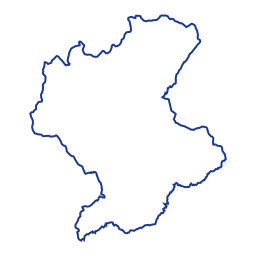 Navakholo, Western, Kenya
{"feature_id": "3690345B67128862820985", "entity_name": "Navakholo", "entity_type": "district", "adm_level": 2, "iso_a3": "KEN", "parent_name": "Kenya", "parent_adm1": "Western", "projection": "natural_earth1", "projection_center": [34.674, 0.39], "detail": "fine", "context": "isolated", "style": "outline", "palette": "blue", "viewbox_px": 256, "rotation_deg": 0, "n_neighbors": 0, "source": "geoboundaries", "source_scale": "gbopen_adm2", "svg_char_len": 5733}
<svg xmlns="http://www.w3.org/2000/svg" viewBox="0 0 256 256"><path d="M42.1,91.5L42.3,92.6L41.2,94.0L41.0,95.2L41.3,97.6L42.0,99.9L42.0,100.8L41.6,101.6L39.1,101.9L38.0,102.6L37.4,103.8L36.1,105.3L35.9,106.3L36.2,109.0L33.9,110.7L33.2,112.1L31.3,112.4L30.2,113.7L30.8,115.0L30.8,116.1L32.5,119.7L32.9,121.1L32.9,123.8L32.2,126.2L32.2,127.5L32.7,129.8L33.5,131.4L34.7,133.3L38.6,134.4L40.8,134.5L41.5,134.8L42.4,135.8L43.5,136.2L48.3,135.8L49.2,135.9L50.0,136.5L52.8,136.5L55.0,136.0L56.0,135.4L57.2,136.0L58.9,138.1L60.8,141.3L61.5,143.4L62.2,144.4L63.2,145.3L65.2,146.0L65.7,146.7L66.5,148.9L66.6,150.9L67.2,151.8L68.8,153.6L70.9,155.5L71.7,156.0L73.4,156.4L74.0,157.0L74.8,159.0L77.6,163.5L78.5,164.5L79.4,165.1L81.6,166.0L82.5,166.9L83.2,169.3L84.5,172.1L84.9,173.1L85.5,173.8L89.2,172.6L91.1,173.0L91.5,172.2L93.2,172.7L93.9,171.9L95.3,172.1L95.9,172.7L96.5,173.7L96.8,175.3L98.3,179.1L98.7,180.6L99.7,182.0L100.6,182.7L101.7,186.8L101.6,188.1L102.1,189.1L101.8,190.9L101.1,193.8L103.9,195.4L104.6,196.3L104.4,197.6L103.0,197.5L99.7,196.4L98.9,197.7L98.2,199.8L97.5,200.6L96.8,200.2L94.7,201.4L94.2,202.4L92.5,203.6L91.8,204.7L90.0,205.9L88.8,206.4L87.4,206.6L84.8,206.1L83.9,206.6L82.9,206.6L82.3,207.2L82.8,208.4L83.6,209.4L83.5,210.4L81.7,211.1L80.5,212.6L80.2,213.6L80.4,216.3L78.8,217.9L77.7,221.0L75.5,224.9L75.3,226.1L75.6,227.2L76.3,228.3L77.9,228.7L78.6,229.5L78.9,230.3L78.7,231.2L77.3,232.0L77.3,233.0L77.8,234.1L78.1,237.2L78.4,238.4L79.1,239.3L80.4,240.3L81.4,240.6L81.7,239.7L82.3,239.2L83.4,238.8L84.0,239.7L84.7,235.9L87.2,234.1L88.3,234.4L89.0,233.6L92.5,231.5L93.0,232.7L94.2,232.2L95.2,232.9L95.4,231.3L97.2,230.8L99.5,229.3L100.2,228.2L101.1,227.6L101.8,226.5L102.7,226.7L103.6,227.4L104.4,226.8L104.9,225.9L105.3,224.7L106.2,225.3L106.0,224.2L106.3,223.2L107.4,223.3L108.6,223.2L109.6,222.5L112.3,222.4L113.0,223.1L113.1,224.4L114.1,225.5L115.1,224.7L115.9,224.8L116.5,225.6L117.4,225.7L118.7,227.2L118.8,228.4L119.6,229.1L121.3,229.8L122.2,229.8L125.0,232.8L126.9,233.3L127.7,232.7L128.9,232.6L130.4,230.3L134.4,230.7L136.5,229.2L137.7,228.9L140.6,227.6L141.6,227.9L145.1,225.3L148.5,224.9L149.6,225.4L151.5,224.7L154.8,224.2L155.5,223.8L155.9,221.7L156.4,220.9L156.5,219.7L157.1,218.6L158.0,217.7L158.1,216.6L158.8,215.5L160.3,214.7L160.8,213.4L161.7,212.9L162.7,213.2L163.5,212.5L163.7,210.9L164.5,210.5L163.1,209.1L165.0,207.6L166.1,207.6L166.5,206.4L166.4,205.4L165.7,205.5L164.6,204.0L165.7,204.3L167.1,203.4L168.0,203.6L168.0,202.6L167.2,202.0L167.2,200.7L167.4,199.3L167.3,197.0L169.6,193.9L170.3,192.3L171.2,192.4L172.0,191.2L173.6,189.5L173.6,188.3L174.7,186.4L173.7,184.7L174.8,184.5L176.3,182.9L177.7,183.8L177.9,185.1L178.9,185.4L180.0,185.0L181.1,186.0L182.0,186.1L184.8,187.0L186.4,187.2L187.5,186.9L188.3,187.1L189.2,186.9L190.3,184.6L191.1,183.6L191.8,184.7L192.5,185.2L193.3,184.6L194.1,185.1L195.0,184.7L196.4,184.9L198.0,182.9L200.6,182.9L201.1,182.0L203.6,180.1L204.4,180.2L204.7,179.1L205.7,178.3L205.8,177.3L206.8,176.6L207.4,175.1L207.6,173.8L208.7,173.8L209.3,172.6L210.8,171.2L211.8,171.4L213.8,171.1L215.7,169.1L217.0,169.2L217.9,168.9L218.1,167.9L220.8,167.3L221.5,166.1L221.5,163.3L222.2,161.3L223.2,160.7L224.0,160.9L225.8,159.1L225.3,157.1L225.1,154.7L222.6,151.2L222.1,149.2L222.1,147.8L221.4,146.6L220.5,146.1L217.6,145.8L215.7,144.5L213.3,144.5L213.0,142.4L213.3,139.3L213.2,137.8L212.3,136.7L211.3,136.5L210.6,136.0L209.8,134.9L208.9,134.2L207.8,131.4L207.3,128.9L207.0,128.1L206.1,127.3L202.6,126.5L198.8,128.1L197.8,128.0L196.8,128.5L195.8,128.7L193.3,130.0L192.3,129.6L191.3,129.7L184.3,126.2L181.2,125.5L180.3,124.9L179.4,124.7L177.9,123.4L176.0,122.9L173.8,119.1L175.0,116.5L175.7,113.9L171.4,110.6L168.7,99.3L164.6,98.5L162.4,97.2L164.0,96.0L164.9,94.4L165.3,93.0L166.1,93.8L167.0,93.0L167.6,90.3L167.7,88.2L168.6,88.0L170.1,86.4L170.6,87.1L171.6,87.0L172.2,86.1L174.1,83.8L175.0,83.8L175.7,83.2L175.9,80.4L175.7,78.3L176.4,74.6L177.7,73.4L178.6,71.7L178.9,70.6L180.6,68.8L182.8,64.0L183.8,62.9L184.2,61.9L185.1,61.8L186.4,60.3L188.2,57.5L189.8,53.8L190.6,53.3L191.5,52.6L198.1,44.1L199.0,43.4L199.9,42.3L200.3,41.3L200.1,40.3L199.4,39.6L198.6,39.4L197.9,38.7L197.6,37.6L198.0,35.1L197.0,30.4L196.1,28.9L195.0,25.8L194.3,24.9L191.9,23.7L191.1,24.0L189.3,25.4L186.3,27.1L182.6,23.8L181.2,23.2L180.0,23.3L178.2,22.0L177.4,21.9L175.2,21.1L174.3,20.4L173.7,19.3L172.1,18.8L170.1,19.2L169.2,18.5L167.6,16.1L165.0,15.4L164.2,15.6L161.5,15.5L160.3,16.1L159.6,17.4L157.1,19.7L156.1,20.0L155.1,20.0L153.9,20.3L152.9,20.2L152.0,20.6L150.5,20.8L148.4,20.5L147.1,21.1L145.6,21.2L143.8,20.6L141.3,18.1L140.8,17.4L140.7,16.4L139.6,15.9L136.1,15.7L135.5,16.5L135.4,18.1L134.2,17.9L131.6,16.9L130.7,16.9L128.4,17.9L128.1,19.1L128.5,20.2L129.2,20.8L129.6,21.7L130.8,27.3L131.0,29.8L130.8,31.0L130.1,31.8L126.9,32.2L125.9,32.9L124.5,35.0L124.0,37.7L123.4,38.5L121.6,39.8L121.2,42.3L120.4,43.7L118.8,45.3L116.9,46.3L115.8,46.3L114.8,45.7L113.8,44.8L113.0,44.7L112.1,45.3L111.3,48.6L110.3,51.0L109.5,52.0L108.8,52.5L106.8,53.4L105.5,52.9L104.7,51.8L103.8,51.2L102.7,50.9L98.1,55.9L97.4,56.6L96.4,56.8L94.2,56.7L93.0,56.3L91.2,54.9L89.8,54.6L88.6,54.6L87.7,54.8L84.7,54.2L84.0,53.1L82.9,50.4L82.8,49.2L84.1,46.3L84.2,45.1L82.9,44.1L80.9,41.8L79.8,41.5L79.2,42.0L79.0,43.0L79.6,44.1L79.7,45.4L76.1,46.0L74.0,46.9L72.0,48.0L70.9,49.0L69.3,52.8L67.7,59.8L67.7,60.8L68.0,61.9L68.6,63.0L69.5,63.7L69.3,64.7L68.3,65.0L67.2,64.8L66.3,65.3L65.4,65.0L62.5,61.1L60.1,58.8L58.6,56.9L57.7,56.2L56.7,56.1L56.0,56.6L54.6,58.2L51.8,60.7L51.6,62.0L50.9,62.9L48.0,64.0L47.4,63.2L46.6,62.6L44.7,62.3L44.3,66.6L43.0,69.4L43.3,71.9L42.8,73.0L43.6,74.5L45.1,75.9L45.5,76.7L45.4,80.4L45.2,81.8L43.1,84.2L42.8,85.1L43.0,87.0L42.9,89.5L42.6,90.6L42.1,91.5Z" fill="none" stroke="#1e3a8a" stroke-width="2"/></svg>